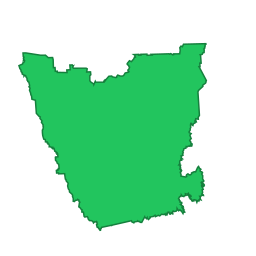 Glen Innes Severn, New South Wales, Australia (Equal Earth projection), rotated 348°
{"feature_id": "25037944B18987498065819", "entity_name": "Glen Innes Severn", "entity_type": "district", "adm_level": 2, "iso_a3": "AUS", "parent_name": "Australia", "parent_adm1": "New South Wales", "projection": "equal_earth", "projection_center": [152.111, -29.631], "detail": "fine", "context": "isolated", "style": "filled", "palette": "green", "viewbox_px": 256, "rotation_deg": 348, "n_neighbors": 0, "source": "geoboundaries", "source_scale": "gbopen_adm2", "svg_char_len": 5838}
<svg xmlns="http://www.w3.org/2000/svg" viewBox="0 0 256 256"><g transform="rotate(348 128 128)"><path d="M188.8,203.7L188.4,201.4L190.2,200.7L190.8,199.7L190.6,198.9L190.0,198.7L188.8,200.5L188.0,200.5L188.0,199.2L189.9,197.9L189.6,197.4L188.4,197.4L188.2,196.6L188.7,196.1L190.0,196.4L191.2,195.6L190.4,193.3L191.2,190.2L190.5,188.3L191.6,187.3L191.2,186.3L189.7,185.4L189.8,184.1L190.7,183.5L189.5,182.2L189.1,180.5L188.6,181.1L188.1,180.8L185.0,185.0L183.5,184.5L182.3,185.1L181.9,184.8L180.8,185.2L180.8,185.8L179.6,186.8L178.2,186.6L177.1,185.3L175.6,185.9L175.1,186.7L175.3,187.7L174.2,187.9L169.8,186.1L170.2,184.6L169.9,182.2L170.3,182.1L170.7,180.8L171.1,181.4L171.6,180.8L171.2,179.6L170.2,179.1L170.5,178.2L171.2,178.0L171.0,176.9L171.6,175.7L171.0,175.7L171.3,174.6L170.2,174.6L171.4,173.3L171.4,172.0L172.0,170.8L173.0,170.4L174.4,170.9L173.2,169.8L173.4,169.1L174.6,169.3L173.8,168.3L174.4,167.2L174.0,166.4L176.2,166.0L175.9,164.6L176.9,163.8L176.6,162.5L177.6,161.6L178.3,159.9L180.5,159.7L181.1,158.2L182.0,158.8L183.3,158.2L184.3,158.6L185.5,157.7L185.8,158.9L186.7,158.8L187.4,157.0L186.3,155.6L186.5,154.5L185.7,153.2L186.9,151.7L187.6,151.6L187.0,147.9L188.6,146.6L186.9,145.3L186.9,144.5L188.4,143.0L188.7,141.4L189.5,140.6L189.7,138.2L190.4,136.5L190.9,136.6L191.3,138.4L192.0,139.1L192.8,137.4L194.6,137.0L194.9,135.6L195.3,136.3L196.1,136.3L195.8,134.1L196.2,133.0L198.6,134.0L198.8,132.2L200.5,130.5L203.9,107.2L204.8,105.9L209.9,102.9L209.8,102.1L210.3,101.5L213.2,100.2L214.0,99.0L213.9,98.3L214.5,97.8L210.2,82.8L211.2,83.0L211.7,79.5L213.0,79.8L214.1,72.0L213.8,71.4L215.9,71.4L217.0,70.0L218.1,70.0L218.8,67.4L218.5,66.5L219.7,65.8L219.7,65.0L220.3,64.6L220.1,63.9L220.6,63.4L220.8,62.3L221.7,62.2L221.7,61.7L199.7,57.6L198.1,59.8L196.9,58.9L195.4,60.2L195.2,62.9L194.0,66.2L188.0,65.0L187.9,65.7L186.9,65.7L185.3,64.1L184.1,64.5L183.7,64.0L166.1,60.8L166.5,61.6L161.8,60.9L161.9,59.7L155.9,58.6L155.8,59.4L154.3,59.1L154.6,58.9L153.7,58.7L153.8,58.2L149.0,57.4L149.8,58.2L149.9,60.2L149.1,60.0L148.0,61.6L145.1,63.8L143.4,62.5L140.6,64.8L140.5,65.7L141.7,67.2L141.7,68.2L142.2,68.8L140.9,70.8L139.9,71.3L140.0,72.4L140.6,72.9L140.2,73.5L136.7,73.6L134.7,75.7L133.3,76.1L131.3,75.6L129.0,74.1L127.6,75.2L127.5,76.0L126.7,76.2L123.3,74.7L122.9,73.8L120.0,73.4L116.5,76.1L115.9,76.0L115.8,76.6L115.1,76.5L115.0,77.4L114.1,77.2L114.0,78.2L105.9,76.5L105.7,75.5L103.6,78.4L103.6,77.8L101.1,75.2L100.5,73.8L101.5,68.9L102.7,68.2L103.0,65.3L99.2,64.6L100.4,61.6L99.5,60.8L87.1,58.2L86.5,57.1L87.4,55.9L87.0,56.0L86.6,54.7L84.2,54.3L83.6,59.0L80.2,58.5L79.9,61.1L70.4,58.9L70.6,57.7L68.7,57.4L69.2,53.7L67.6,53.5L69.0,45.6L68.9,43.4L64.6,42.6L62.4,39.6L57.8,38.7L43.6,33.3L40.9,32.8L40.4,36.5L41.0,37.1L40.2,38.1L40.1,38.8L40.5,39.2L39.8,40.2L40.4,40.1L40.9,40.8L39.7,42.2L38.6,42.5L38.2,43.5L34.3,44.3L34.6,47.5L35.3,48.8L35.2,50.7L36.0,51.8L35.7,53.1L37.3,54.7L37.1,55.6L37.9,55.0L38.7,55.5L39.0,57.3L39.6,58.5L39.2,60.1L39.7,60.9L39.7,61.8L40.5,62.3L40.6,65.7L40.4,66.7L39.7,67.1L40.5,68.7L39.5,70.5L40.0,73.5L39.9,75.4L40.3,76.6L40.0,79.9L43.2,81.6L41.4,94.6L43.6,98.4L44.5,98.9L43.9,100.4L45.2,102.8L45.3,103.2L44.5,104.4L45.7,107.4L45.2,108.4L45.5,109.1L44.5,111.7L43.8,112.2L43.3,114.9L43.0,117.6L43.3,121.4L44.7,122.1L44.4,124.4L45.9,124.7L45.8,125.6L46.4,125.7L46.3,126.9L47.1,127.1L47.4,128.8L47.0,130.0L48.4,130.3L49.9,132.3L50.1,131.2L50.5,131.3L50.3,132.3L51.5,132.6L51.5,135.4L52.6,136.1L52.5,137.3L53.4,137.4L53.0,138.7L53.8,138.8L53.5,141.6L51.2,141.3L51.1,142.1L50.8,142.0L50.4,144.5L51.3,146.0L51.5,147.8L52.7,149.1L52.2,153.4L51.4,153.2L51.2,154.3L50.3,154.2L50.3,154.8L49.1,154.7L48.8,157.2L50.7,157.5L50.6,158.4L56.5,159.5L56.1,165.0L56.7,165.5L56.5,166.8L58.0,169.6L56.9,172.1L57.0,175.2L57.7,176.5L57.5,178.4L59.6,181.3L59.8,182.7L59.5,183.2L59.8,185.6L59.2,188.3L60.4,188.8L61.5,187.8L63.3,188.0L63.9,187.3L65.0,188.3L64.7,189.2L65.5,190.5L65.0,190.8L63.5,194.9L64.8,196.4L65.4,198.2L66.0,198.4L65.4,200.6L66.9,201.1L66.7,205.4L67.2,206.1L69.8,206.2L70.2,207.3L70.1,208.6L71.0,210.5L73.1,211.1L74.2,212.1L74.5,213.7L76.1,212.7L77.1,213.3L77.6,212.8L78.0,213.2L78.0,215.7L77.2,215.7L77.1,216.8L77.2,218.0L77.6,218.4L76.7,218.5L77.9,218.9L79.4,222.3L79.8,222.3L80.0,220.9L80.6,221.0L81.5,219.7L91.6,219.7L91.8,220.0L92.5,219.7L112.1,219.4L112.3,220.7L114.0,222.0L114.7,221.2L117.7,221.3L118.2,220.8L118.7,221.6L119.8,221.8L120.3,222.8L121.8,223.2L125.8,218.5L125.8,219.1L126.7,219.5L127.2,220.5L128.1,219.7L128.0,220.3L129.0,221.8L131.1,220.4L131.1,219.6L134.4,219.8L136.3,219.0L136.4,220.4L139.6,219.7L140.4,220.5L141.2,220.4L142.9,219.3L144.5,220.0L146.0,219.8L146.4,220.8L147.2,219.9L147.2,220.6L147.9,221.2L149.6,218.6L150.6,218.8L150.8,220.7L151.3,221.1L152.2,220.7L152.5,219.9L153.9,221.3L154.1,220.8L153.6,220.0L154.2,219.1L154.9,218.6L155.4,219.3L157.7,219.4L158.9,218.6L159.3,216.9L160.3,219.5L161.8,218.8L162.2,219.8L162.8,219.9L164.0,223.1L164.5,222.2L166.0,222.0L165.0,220.2L165.8,219.8L165.1,219.0L165.5,218.2L164.7,218.1L164.3,216.8L164.6,216.4L165.5,216.8L165.7,216.2L163.5,213.9L164.3,213.8L164.4,212.9L164.9,212.9L165.1,212.0L163.3,211.1L163.8,210.2L163.1,209.4L163.3,208.5L162.7,207.7L164.2,205.9L165.3,206.0L165.5,205.3L166.1,205.4L166.3,204.5L167.0,206.0L168.4,206.7L169.1,206.0L170.2,206.0L170.5,204.2L172.2,205.2L173.4,204.4L173.5,204.9L172.2,206.0L173.9,206.0L174.0,206.6L173.3,206.9L173.5,208.3L174.4,207.5L174.6,206.5L175.3,207.0L175.5,208.0L173.8,209.0L174.2,210.5L174.9,210.4L175.3,212.5L175.8,212.9L176.4,212.3L177.2,213.1L177.4,212.8L177.1,212.0L178.0,211.9L179.5,212.8L179.9,215.0L180.3,214.3L180.2,213.3L181.0,213.9L181.8,213.3L182.2,214.1L183.3,212.6L184.3,213.3L183.9,211.8L184.3,211.0L183.9,209.7L185.1,209.9L186.1,209.1L187.8,209.7L187.8,209.1L186.6,207.8L187.6,206.6L187.7,203.8L188.8,203.7Z" fill="#22c55e" stroke="#15803d" stroke-width="1.5"/></g></svg>